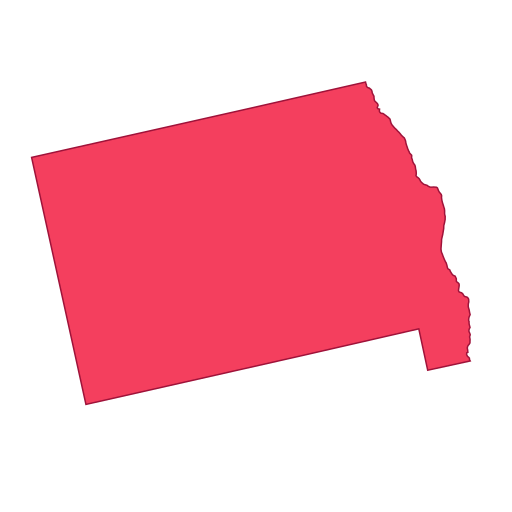 the district of Phnum Proek, Batdâmbâng, Cambodia, rotated 168°
{"feature_id": "14789045B85132506712609", "entity_name": "Phnum Proek", "entity_type": "district", "adm_level": 2, "iso_a3": "KHM", "parent_name": "Cambodia", "parent_adm1": "Batdâmbâng", "projection": "equal_earth", "projection_center": [102.376, 13.291], "detail": "fine", "context": "isolated", "style": "filled", "palette": "rose", "viewbox_px": 512, "rotation_deg": 168, "n_neighbors": 0, "source": "geoboundaries", "source_scale": "gbopen_adm2", "svg_char_len": 2752}
<svg xmlns="http://www.w3.org/2000/svg" viewBox="0 0 512 512"><g transform="rotate(168 256 256)"><path d="M453.2,146.2L232.0,149.0L111.9,150.9L111.8,108.6L68.3,108.8L68.7,110.2L68.5,111.7L69.1,112.8L69.9,113.7L70.5,115.7L70.0,117.5L69.4,117.7L68.8,117.7L68.5,120.3L68.5,122.1L67.7,123.7L67.0,124.5L65.9,125.3L64.8,126.5L64.3,128.6L64.0,129.7L63.9,130.9L63.9,132.5L63.1,133.9L62.8,134.8L63.2,137.1L63.3,137.5L63.4,138.1L63.0,139.6L62.2,140.8L61.5,141.6L61.6,143.6L61.7,144.7L61.5,146.4L61.2,147.6L61.4,148.4L61.3,149.3L60.6,151.4L59.8,152.7L59.1,153.6L58.7,154.3L58.8,155.4L58.8,156.9L58.7,158.8L58.9,161.1L58.9,162.5L58.3,165.0L57.9,165.8L57.4,166.9L57.0,169.5L57.2,170.4L57.8,171.6L59.2,172.5L60.5,173.1L61.2,174.7L61.7,176.2L62.6,177.3L64.7,178.5L65.2,179.8L64.7,181.4L63.8,183.7L63.3,185.3L63.2,186.5L63.7,187.5L64.9,188.9L65.3,189.6L65.0,191.1L64.8,192.2L65.4,194.9L66.9,195.9L67.8,197.0L68.5,198.8L69.1,200.5L69.4,202.2L70.7,203.3L71.1,204.1L71.2,205.6L71.2,207.1L71.4,209.7L71.8,210.7L72.3,212.7L72.6,214.2L73.1,217.0L73.4,219.3L73.8,221.1L73.7,223.6L73.5,224.8L72.5,228.2L71.6,231.2L71.0,233.7L69.9,236.1L68.9,238.2L68.6,239.0L68.0,240.5L66.7,243.8L66.0,246.7L64.6,249.5L63.4,252.4L63.1,253.8L62.7,255.5L62.8,257.0L62.7,258.3L62.1,261.0L61.9,263.2L62.1,264.6L62.2,266.3L62.5,269.2L62.6,271.8L62.4,274.5L61.9,276.4L62.0,277.6L62.6,278.9L63.4,280.3L63.9,282.0L64.1,283.3L64.4,284.9L65.1,285.7L66.7,286.2L68.2,286.6L69.8,286.8L71.4,287.2L73.0,288.4L74.0,289.6L75.7,290.5L77.1,291.3L77.8,292.3L78.8,293.6L79.5,294.9L79.8,296.2L80.3,297.6L81.1,298.8L82.4,300.2L82.8,301.5L82.2,302.8L81.9,304.5L81.7,306.1L81.8,307.6L81.7,309.1L81.6,310.3L81.7,311.8L82.5,313.6L82.9,314.8L83.1,316.0L83.1,317.0L83.1,318.3L83.4,319.2L83.3,320.0L83.0,321.1L82.8,322.2L83.4,323.2L84.4,324.8L84.5,326.0L84.9,327.2L85.1,328.4L85.4,329.8L85.4,331.0L85.6,331.8L85.8,334.1L85.9,335.6L85.8,336.5L85.8,337.8L86.0,338.9L86.4,340.7L87.0,341.4L87.6,342.3L88.7,343.9L89.3,345.2L89.9,346.3L90.5,347.4L91.5,348.8L92.2,350.1L92.9,351.2L93.4,351.8L94.4,353.5L94.9,354.5L95.6,355.7L96.2,357.5L96.4,359.0L96.4,360.5L96.5,362.1L97.5,363.6L98.2,364.6L98.9,365.3L100.0,366.7L100.8,367.4L101.2,368.0L102.2,369.0L103.3,369.4L104.0,369.6L104.5,370.2L105.1,371.2L105.2,372.2L104.9,373.0L104.6,374.0L105.6,374.4L106.3,374.9L106.6,375.8L105.9,377.0L105.2,378.2L105.5,379.7L106.1,380.7L106.8,381.7L107.4,382.6L107.8,383.4L107.8,384.9L107.7,386.1L107.4,387.8L107.7,388.7L108.1,390.2L108.4,391.4L108.3,392.8L108.5,394.3L109.0,395.1L109.8,396.1L110.2,396.7L110.9,397.0L112.0,397.8L112.7,399.2L112.4,400.3L112.6,401.4L112.7,402.5L112.7,403.4L231.9,401.7L305.5,400.8L455.0,399.1L454.6,343.4L454.4,317.5L453.8,235.3L453.6,208.1L453.2,146.2Z" fill="#f43f5e" stroke="#9f1239" stroke-width="1.5"/></g></svg>